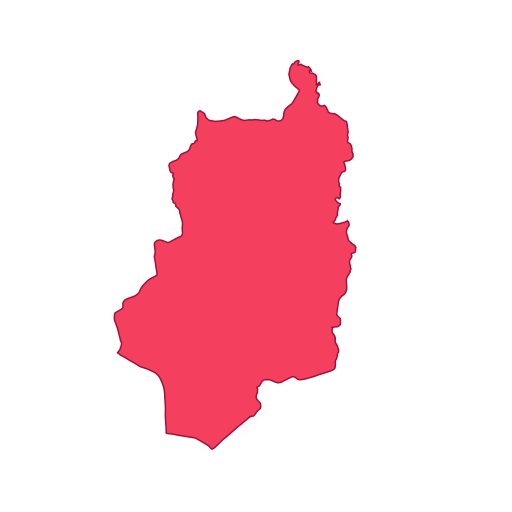 Bam, Bam, Burkina Faso, rotated 201°
{"feature_id": "67063806B14953893434288", "entity_name": "Bam", "entity_type": "district", "adm_level": 2, "iso_a3": "BFA", "parent_name": "Burkina Faso", "parent_adm1": "Bam", "projection": "natural_earth1", "projection_center": [-1.611, 13.44], "detail": "fine", "context": "isolated", "style": "filled", "palette": "rose", "viewbox_px": 512, "rotation_deg": 201, "n_neighbors": 0, "source": "geoboundaries", "source_scale": "gbopen_adm2", "svg_char_len": 6149}
<svg xmlns="http://www.w3.org/2000/svg" viewBox="0 0 512 512"><g transform="rotate(201 256 256)"><path d="M144.5,196.2L145.4,198.2L148.8,202.2L150.6,203.3L151.7,205.2L152.6,207.8L153.2,208.7L154.2,209.8L157.3,211.9L158.1,213.1L158.4,213.9L158.8,216.3L159.3,216.5L157.0,218.1L154.9,218.9L154.1,219.7L153.4,220.7L152.7,222.3L153.1,223.8L154.3,226.7L155.0,227.9L157.9,228.9L159.2,230.0L159.6,230.0L159.8,230.3L162.6,242.9L162.8,244.6L162.6,246.3L161.6,249.2L159.9,251.8L159.3,253.9L159.2,256.1L159.7,258.4L160.7,260.8L162.6,264.8L163.3,266.7L163.4,269.2L162.8,272.1L162.4,274.8L162.8,276.2L162.7,277.9L163.5,278.9L164.7,281.1L165.4,281.8L166.9,284.8L166.9,286.1L166.3,289.3L166.4,289.8L166.7,290.7L167.6,291.6L167.7,292.5L167.4,293.0L165.2,294.5L164.9,294.9L165.2,297.3L165.7,298.5L165.9,299.9L166.9,300.7L168.5,301.5L170.8,301.8L171.6,302.4L172.4,302.4L173.3,302.9L175.2,303.7L175.9,304.4L176.5,305.7L177.5,306.8L178.0,307.9L178.9,308.5L180.1,310.5L180.6,312.4L180.8,315.2L180.1,317.0L180.1,318.1L180.5,319.2L181.3,320.0L181.5,320.6L182.3,321.2L183.2,321.6L183.1,321.0L183.8,320.8L185.1,319.5L189.3,316.4L191.9,314.9L195.3,314.6L195.6,314.8L196.0,315.3L195.3,316.9L194.9,318.3L195.1,320.3L194.6,323.3L194.8,324.0L195.5,325.3L196.2,329.6L196.9,331.0L195.9,333.4L195.8,334.1L196.1,335.1L196.8,334.9L199.3,335.2L200.4,335.9L201.3,336.3L202.0,336.7L202.4,337.3L202.4,337.8L201.9,338.8L201.2,339.5L200.4,339.7L199.9,339.6L199.2,339.1L198.9,339.1L198.6,339.5L198.4,340.3L198.4,341.5L198.7,342.1L199.5,343.5L200.3,347.2L201.6,350.5L203.3,351.0L204.4,353.8L205.6,355.3L206.2,356.9L206.5,358.3L206.1,363.6L205.8,364.9L204.8,366.0L203.7,366.6L203.4,367.2L203.2,368.4L203.8,369.9L204.9,371.4L206.1,373.5L207.1,374.3L207.7,375.1L207.2,375.9L206.5,376.7L203.3,378.4L201.6,380.8L201.0,383.7L202.1,386.2L204.1,388.3L204.8,390.5L206.4,392.9L207.5,394.0L208.6,394.6L210.7,394.8L211.2,395.2L212.0,397.0L212.4,399.5L213.8,401.5L214.1,402.2L214.3,404.6L216.9,409.2L218.1,411.6L219.8,414.0L222.4,413.9L230.3,416.5L233.6,417.1L234.6,416.6L237.9,415.9L239.8,416.1L243.6,419.9L244.9,420.7L246.1,421.2L247.7,419.8L249.7,419.2L250.0,419.4L251.4,419.7L252.1,420.0L253.5,421.3L254.0,421.4L253.9,422.8L254.9,425.0L254.8,425.6L254.4,426.0L254.5,428.6L254.6,428.9L255.9,430.4L256.7,430.4L257.0,430.0L257.5,430.1L258.4,431.1L258.9,431.0L259.2,431.7L259.6,435.1L259.3,436.6L259.4,437.7L258.9,438.0L258.4,438.4L257.7,438.6L257.3,438.9L257.5,439.2L258.4,439.6L258.9,440.9L259.4,440.7L259.8,438.7L260.6,437.7L261.0,437.6L261.3,438.0L261.4,439.0L262.6,441.5L262.9,443.1L263.6,444.1L264.0,445.7L266.1,446.7L266.6,446.4L267.6,446.9L268.6,446.9L271.2,446.1L271.8,446.6L272.7,448.4L270.5,448.4L271.5,449.6L272.7,450.5L274.7,451.5L276.0,450.6L278.6,450.6L282.0,450.8L282.4,451.1L282.7,451.1L284.9,449.2L285.6,450.3L285.3,452.1L285.6,453.2L286.1,453.6L286.8,453.5L288.1,452.5L289.0,451.3L289.9,448.4L290.8,448.4L291.1,447.3L291.5,444.1L291.1,441.4L290.4,437.4L286.8,432.1L284.8,430.6L280.9,428.5L275.5,426.7L275.1,426.2L274.7,424.8L275.5,420.6L275.7,418.6L276.1,416.8L276.2,415.4L277.1,411.1L279.7,406.8L280.7,404.8L281.3,403.0L281.4,401.4L281.1,399.1L280.5,396.9L280.1,394.2L280.4,393.0L280.9,391.9L282.5,390.4L284.1,389.8L285.6,389.8L287.3,390.3L289.4,389.8L291.1,388.0L294.0,386.0L294.9,386.2L295.8,385.8L296.7,385.9L299.1,384.7L304.1,383.5L305.8,383.0L308.6,381.5L311.1,380.7L315.5,378.3L318.5,378.0L325.3,378.7L327.7,377.4L333.8,371.5L338.0,369.1L342.2,367.1L347.6,366.0L349.1,366.0L351.3,366.8L353.0,368.0L354.5,369.9L355.4,370.6L359.7,371.5L360.2,371.5L360.9,371.1L361.5,370.1L361.7,369.0L361.4,367.6L360.4,366.0L357.7,358.2L357.1,354.4L356.9,350.0L356.3,348.9L354.1,345.5L352.3,343.2L352.3,342.6L352.6,342.3L353.0,342.4L353.9,341.5L354.0,341.0L353.8,339.8L354.1,339.0L355.1,338.2L355.7,338.0L356.2,337.3L356.4,336.0L356.4,332.9L356.2,332.3L357.0,329.7L358.1,328.3L362.4,324.2L362.8,322.6L363.1,319.4L364.0,317.7L365.2,316.4L367.6,314.4L369.5,312.0L369.8,311.3L369.7,309.1L368.9,308.1L367.1,305.2L365.8,303.9L365.0,303.5L363.4,303.7L363.1,303.2L362.6,303.0L362.3,302.5L362.6,302.1L362.6,301.2L362.1,300.5L361.5,300.0L361.0,299.1L360.2,299.1L359.9,298.8L360.0,297.3L359.5,296.2L359.7,295.5L359.3,293.3L358.6,291.9L358.0,290.3L356.7,288.4L356.2,287.2L356.0,285.9L355.9,283.6L355.3,282.5L355.3,281.6L354.9,280.6L355.0,279.4L353.5,278.0L352.5,276.4L351.9,276.0L350.6,276.3L349.5,275.3L348.8,273.8L344.5,272.0L343.6,270.9L343.2,270.4L342.8,269.3L336.8,261.3L335.9,259.1L335.2,256.3L333.8,253.1L332.8,251.1L332.6,249.6L332.7,248.5L333.2,247.2L335.1,245.7L341.9,237.8L343.4,236.9L349.1,236.9L351.7,236.5L353.5,235.3L354.6,233.9L355.2,232.7L355.4,231.5L355.0,230.3L351.6,223.8L351.0,221.2L350.9,219.5L350.5,218.4L349.6,217.4L345.2,209.4L343.1,205.9L341.9,203.8L341.7,202.7L342.5,201.4L344.8,198.9L346.8,196.5L348.6,193.7L351.1,187.7L351.8,184.7L352.2,179.4L353.0,177.9L354.1,176.1L355.8,174.3L361.7,169.2L363.0,167.3L363.4,164.8L363.1,163.2L362.2,161.7L361.8,160.3L361.9,159.3L363.2,157.3L366.1,153.8L367.1,152.4L367.2,150.9L366.0,147.2L365.0,145.2L359.8,139.4L352.1,128.5L350.3,126.5L349.7,124.3L349.5,119.8L350.6,116.1L346.9,114.9L341.1,114.2L336.4,113.2L332.3,112.7L324.2,111.2L317.4,111.6L309.8,111.1L307.2,110.6L303.7,109.0L301.2,107.0L297.3,103.1L294.7,99.8L292.7,96.3L286.2,82.0L283.5,74.6L280.8,68.4L278.9,64.7L276.4,58.6L275.7,58.4L269.9,59.9L264.3,60.8L247.8,64.3L245.3,64.1L232.6,61.9L230.8,61.2L229.4,60.3L227.9,59.9L227.3,60.3L225.9,62.4L221.2,72.4L216.9,80.2L211.8,90.0L208.5,95.6L205.1,101.9L204.2,103.1L204.3,103.9L203.4,104.2L202.2,105.2L200.9,105.7L199.8,109.3L199.2,111.5L198.8,112.7L197.4,114.9L197.5,116.8L198.7,119.6L199.6,120.4L202.8,121.8L203.9,122.6L205.4,124.4L205.9,127.2L205.7,128.6L206.5,131.6L206.8,132.4L208.0,133.4L208.2,133.7L206.3,135.9L205.6,140.1L205.3,141.4L204.3,142.9L202.8,143.9L199.0,145.4L192.2,145.2L190.0,145.5L187.8,146.7L179.6,155.7L177.9,156.7L176.8,156.9L174.1,156.3L173.1,155.8L171.9,155.9L169.8,156.6L167.0,158.1L158.6,164.4L154.8,167.7L149.0,172.2L143.9,176.5L142.5,178.4L142.3,179.2L142.2,180.1L142.5,181.6L143.1,183.6L144.2,185.8L144.3,186.7L144.0,189.6L144.8,193.8L144.5,196.2Z" fill="#f43f5e" stroke="#9f1239" stroke-width="1.5"/></g></svg>